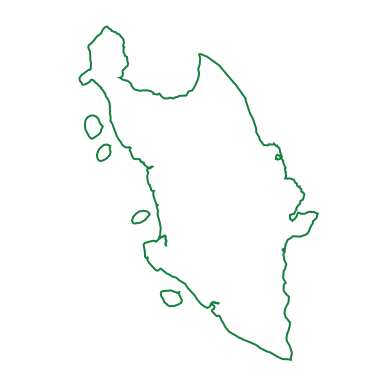 the district of North East Malekula, Malampa, Vanuatu, rotated 194°
{"feature_id": "77236927B6539808470139", "entity_name": "North East Malekula", "entity_type": "district", "adm_level": 2, "iso_a3": "VUT", "parent_name": "Vanuatu", "parent_adm1": "Malampa", "projection": "robinson", "projection_center": [167.325, -15.963], "detail": "fine", "context": "isolated", "style": "outline", "palette": "green", "viewbox_px": 384, "rotation_deg": 194, "n_neighbors": 0, "source": "geoboundaries", "source_scale": "gbopen_adm2", "svg_char_len": 5973}
<svg xmlns="http://www.w3.org/2000/svg" viewBox="0 0 384 384"><g transform="rotate(194 192 192)"><path d="M314.4,332.1L316.4,330.6L317.1,329.4L317.8,327.7L318.8,323.5L321.9,319.9L324.7,313.4L327.7,309.3L327.6,307.2L326.4,305.2L325.1,304.1L322.2,294.4L321.1,292.7L320.1,286.6L320.3,286.0L321.6,285.7L327.4,278.9L328.6,276.1L328.6,274.9L328.2,273.7L326.9,272.1L325.7,271.4L325.0,270.2L324.2,269.6L323.6,269.7L321.2,270.9L319.6,272.4L317.9,274.2L317.1,276.4L316.2,276.8L314.3,276.4L311.9,274.6L310.7,274.3L308.5,272.8L306.4,272.0L305.8,271.0L305.1,271.1L304.8,270.4L301.9,268.2L301.1,267.0L300.2,266.6L298.4,263.6L295.8,261.6L293.4,258.2L292.8,256.0L292.1,254.9L291.9,252.5L291.1,251.2L290.8,248.9L289.0,244.7L288.3,241.2L286.0,239.1L278.6,228.2L275.1,224.6L273.3,223.5L271.7,221.4L270.5,220.5L267.1,219.2L266.1,219.6L264.7,219.6L263.7,220.4L262.5,220.2L262.1,219.8L262.7,218.1L262.1,216.8L261.1,215.9L259.0,212.6L256.7,210.2L255.4,210.1L251.1,211.1L250.3,211.0L250.0,210.1L249.3,209.5L249.0,208.9L248.2,208.8L247.8,209.3L246.6,208.6L245.8,208.8L245.5,208.4L246.0,207.9L244.5,206.7L241.1,205.1L238.6,205.4L238.2,206.3L236.9,207.2L236.5,207.1L238.0,205.2L240.3,204.0L240.9,203.4L240.5,201.4L239.2,200.3L239.3,197.0L238.6,194.4L236.8,190.3L235.6,188.8L234.2,188.2L234.2,187.3L232.6,185.5L232.2,184.1L231.0,183.5L230.0,183.4L229.3,183.7L229.6,182.4L229.0,181.5L229.0,180.1L228.0,178.1L223.3,170.9L222.8,170.7L222.5,171.3L222.1,171.1L222.9,169.6L220.3,165.2L220.0,161.9L215.5,153.8L213.6,149.2L212.6,143.1L212.6,140.7L213.0,139.6L212.4,139.5L208.0,143.2L207.1,143.0L206.5,141.8L206.4,140.2L204.8,138.3L204.8,137.5L205.4,136.2L205.0,135.1L203.6,133.1L204.9,134.4L205.5,135.7L205.5,136.6L205.0,138.2L206.5,140.0L206.7,141.8L208.2,142.7L212.7,138.6L214.7,135.2L216.1,135.6L218.5,135.1L225.6,131.0L226.2,129.6L226.1,128.7L223.5,123.3L221.9,117.8L220.6,116.9L220.0,116.9L219.3,117.7L218.9,117.0L218.9,115.5L216.7,113.0L208.7,107.7L206.9,107.2L206.1,107.4L204.5,109.3L204.2,110.0L203.8,110.1L196.9,106.9L193.6,106.3L191.0,105.2L186.7,105.1L182.7,103.1L176.3,101.2L172.9,97.9L164.4,92.3L160.6,88.7L155.7,85.2L151.0,83.5L148.9,83.3L147.5,84.5L146.4,86.7L146.7,87.4L146.6,88.3L145.3,90.1L144.5,90.6L140.2,90.2L139.7,90.4L139.0,91.3L139.2,90.5L139.7,90.0L144.7,90.0L146.2,88.6L146.4,87.2L145.5,87.5L143.5,87.2L143.0,86.9L142.2,85.5L142.4,83.9L143.5,83.1L144.0,82.2L143.5,80.9L138.2,77.6L137.4,77.7L136.1,78.6L135.6,78.4L134.4,77.5L132.4,74.7L130.6,73.1L127.2,69.2L122.4,65.5L110.3,61.9L109.0,62.0L107.5,61.4L94.3,59.4L90.9,58.5L89.0,57.3L80.9,55.4L77.3,55.3L69.9,53.0L64.9,52.0L63.0,51.9L58.5,52.9L55.4,53.1L56.0,55.1L56.0,59.2L56.6,60.9L60.3,66.7L63.4,69.8L65.0,72.8L65.4,77.6L64.8,80.7L64.8,86.2L65.6,89.6L66.8,90.0L68.2,91.4L70.8,93.1L73.1,97.2L73.3,101.8L71.8,107.7L71.9,110.1L72.8,114.0L75.5,115.4L78.2,117.5L79.4,118.9L80.5,124.1L80.0,125.3L79.0,126.5L82.6,130.3L84.0,137.3L82.9,140.4L83.2,142.0L83.0,144.9L85.9,148.2L86.6,149.4L86.6,150.6L88.4,153.4L87.6,155.3L87.9,157.8L89.1,156.8L90.3,158.1L88.1,159.8L88.5,163.7L87.5,168.9L84.8,171.5L83.4,173.5L76.2,174.9L70.7,178.6L69.4,180.7L68.3,187.6L67.3,190.5L67.4,193.4L66.8,193.8L65.0,196.5L64.8,201.4L69.3,202.1L71.1,201.3L71.6,201.7L75.0,200.4L76.4,198.8L78.3,197.8L81.6,197.3L82.6,197.7L84.0,197.6L85.0,192.3L85.6,191.6L85.9,190.3L87.3,189.3L87.7,188.3L90.3,189.6L91.4,193.4L90.2,194.0L89.8,194.5L87.5,195.5L87.4,197.3L86.4,200.1L86.9,201.0L86.6,202.2L86.0,204.1L84.3,206.8L84.6,209.6L83.0,210.9L82.6,211.4L82.3,216.1L82.8,217.6L83.8,217.9L84.5,218.7L85.9,218.7L86.8,221.3L88.0,221.7L89.3,222.7L89.1,223.2L90.4,222.9L91.8,224.0L92.3,225.4L93.0,226.0L93.9,225.9L95.0,227.0L95.6,228.2L96.2,228.6L97.3,228.4L99.1,229.0L104.8,227.6L104.6,230.8L105.8,233.0L105.6,233.9L106.9,235.4L107.5,237.4L107.0,238.0L110.0,241.7L110.8,243.1L110.8,244.0L113.5,246.1L114.8,245.8L115.4,244.9L117.0,244.1L117.5,244.8L118.6,244.4L118.9,246.7L118.4,248.8L116.6,248.5L114.4,247.6L113.4,247.9L115.6,251.1L117.8,255.7L120.5,256.9L120.8,257.6L121.9,257.2L124.1,258.7L124.1,258.1L125.6,257.5L128.3,256.9L128.8,257.1L129.3,255.8L133.6,254.8L138.8,259.1L140.4,261.9L143.9,265.1L145.2,269.3L150.6,277.8L154.6,282.2L162.1,293.9L162.3,295.3L176.1,307.2L176.5,307.2L196.4,321.5L210.4,327.0L216.7,327.9L218.4,327.3L216.3,323.4L215.4,317.1L215.6,312.3L213.7,308.7L213.5,304.1L213.8,300.8L215.4,293.3L216.4,290.6L219.5,288.9L220.9,284.2L227.3,282.3L229.1,280.7L230.7,280.1L232.9,278.1L236.1,278.3L237.9,277.0L241.9,276.1L244.5,277.3L247.4,279.6L248.8,278.3L253.2,277.8L253.5,279.0L256.5,279.9L259.3,279.9L263.5,278.9L267.6,277.5L272.1,277.6L274.0,278.4L276.9,281.2L277.1,282.1L280.9,284.2L286.6,284.3L288.5,285.2L289.7,285.4L288.8,285.9L287.5,288.0L287.6,289.5L288.5,292.1L288.5,293.8L287.4,294.8L286.5,297.0L285.0,298.7L285.2,301.7L286.0,302.4L287.7,307.2L290.0,307.9L290.9,309.7L292.6,311.3L292.8,314.2L293.2,315.1L292.7,316.1L294.1,316.7L294.3,317.1L294.2,320.6L295.8,323.9L298.1,325.3L299.6,326.7L301.9,327.6L303.0,327.5L303.9,328.4L309.0,328.9L309.9,330.0L312.4,330.7L314.4,332.1ZM295.2,230.3L294.4,234.1L296.1,235.0L298.6,237.3L300.8,240.7L303.7,242.2L306.5,242.3L308.3,241.8L311.1,239.6L312.5,236.7L312.5,233.4L311.6,229.5L310.4,226.6L305.1,220.8L303.0,219.5L302.1,219.4L301.1,220.0L297.2,224.3L295.9,226.1L295.0,228.5L295.2,230.3ZM188.2,91.5L196.2,88.8L197.4,87.9L197.7,87.0L197.7,85.9L196.7,83.7L193.1,80.0L192.9,79.1L191.8,78.1L189.7,77.4L188.4,76.3L185.6,75.9L182.5,76.8L180.7,77.7L179.5,78.8L178.3,79.3L176.0,81.7L175.5,83.7L175.7,84.6L179.7,89.5L180.1,91.7L182.3,90.4L182.7,90.9L184.8,90.8L188.2,91.5ZM292.9,209.7L293.2,206.4L293.0,204.1L291.3,201.1L290.1,200.2L288.8,200.0L287.0,200.4L285.4,201.6L282.9,204.0L280.7,207.9L280.7,211.1L282.4,214.4L282.5,217.0L286.2,217.5L288.7,216.4L289.5,215.8L292.2,211.6L292.9,209.7ZM242.3,148.2L241.2,147.4L239.8,147.7L234.8,149.7L230.9,153.3L227.6,159.9L227.8,160.5L229.9,161.9L232.3,162.3L235.1,161.9L238.8,160.1L241.1,157.3L242.9,153.9L243.3,150.0L242.3,148.2Z" fill="none" stroke="#15803d" stroke-width="2"/></g></svg>